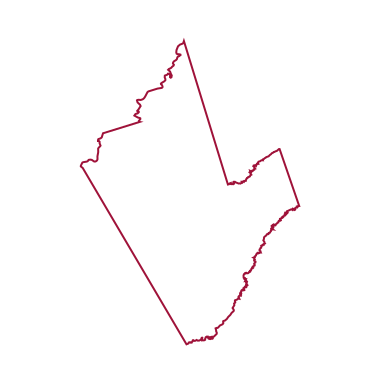 the district of Puerto Caicedo, Putumayo, Colombia, rotated 71°
{"feature_id": "7082276B64544196905368", "entity_name": "Puerto Caicedo", "entity_type": "district", "adm_level": 2, "iso_a3": "COL", "parent_name": "Colombia", "parent_adm1": "Putumayo", "projection": "equal_earth", "projection_center": [-76.404, 0.736], "detail": "fine", "context": "isolated", "style": "outline", "palette": "rose", "viewbox_px": 384, "rotation_deg": 71, "n_neighbors": 0, "source": "geoboundaries", "source_scale": "gbopen_adm2", "svg_char_len": 6043}
<svg xmlns="http://www.w3.org/2000/svg" viewBox="0 0 384 384"><g transform="rotate(71 192 192)"><path d="M240.1,95.2L179.9,95.2L179.7,95.8L180.8,98.5L180.7,99.9L181.0,101.1L180.8,101.7L181.3,102.8L181.3,103.9L182.0,105.0L182.3,106.2L183.2,108.0L183.2,110.5L183.6,111.2L183.7,112.2L184.2,113.3L184.2,114.3L184.6,114.7L185.1,114.7L184.6,116.0L185.1,117.8L185.0,119.2L186.1,120.7L186.7,120.1L187.0,120.1L186.6,121.6L187.9,122.7L187.5,122.8L187.7,123.4L187.2,123.5L187.0,125.1L187.6,125.6L188.2,125.0L188.7,125.1L189.3,124.8L189.8,125.0L190.3,124.8L190.2,125.4L191.1,125.6L191.2,125.9L191.0,126.5L191.5,126.9L191.9,127.9L191.4,128.2L191.6,129.5L191.0,130.1L192.3,130.1L192.3,130.4L191.9,130.8L192.1,131.2L193.0,130.7L192.7,130.0L192.8,129.8L193.9,130.6L194.4,130.7L195.0,130.4L195.2,131.4L196.1,132.2L196.1,132.7L196.3,133.2L196.1,133.6L196.2,134.2L196.8,134.8L196.7,135.5L197.1,135.7L197.5,136.6L199.0,137.5L198.6,138.6L199.3,139.5L198.7,139.9L198.9,140.1L198.8,140.6L199.2,141.0L198.6,141.2L198.4,141.8L199.5,142.0L199.8,143.5L199.4,144.0L199.2,145.1L196.9,147.8L196.4,148.0L195.9,149.2L196.0,149.6L196.3,149.8L197.0,149.3L197.6,149.4L197.9,149.7L197.8,150.3L198.0,150.6L197.7,151.0L197.6,151.6L197.2,151.9L197.3,152.5L197.1,152.8L196.1,152.4L196.1,153.3L196.7,154.5L196.7,154.8L196.4,154.9L196.5,155.6L46.6,150.5L48.5,151.9L48.7,153.3L48.7,155.3L49.7,157.8L52.7,160.4L54.8,161.4L56.2,161.5L57.0,160.8L57.4,159.6L58.1,158.5L58.3,158.2L58.7,158.2L59.3,159.8L59.5,161.4L59.9,162.0L61.4,163.0L62.0,164.0L62.6,166.6L63.4,167.7L64.3,168.2L65.8,167.7L66.5,168.3L67.1,170.0L67.7,171.0L68.0,171.9L68.2,173.9L68.7,174.8L71.0,173.5L73.5,173.5L75.2,173.2L76.8,174.1L77.0,174.9L76.3,175.4L74.0,174.5L72.5,175.6L72.3,176.3L72.8,176.6L73.0,177.1L73.1,179.8L74.7,180.5L76.4,180.4L77.5,180.7L78.3,182.0L79.0,185.3L79.4,186.1L80.1,186.2L80.6,185.7L81.9,185.5L83.1,185.6L83.6,186.2L83.7,186.9L83.0,190.9L82.7,200.5L83.1,201.6L86.5,205.2L87.5,206.5L88.1,207.7L88.3,208.6L88.3,210.5L87.4,212.5L87.2,213.8L87.4,214.2L89.6,214.3L92.6,212.7L94.0,212.6L96.5,215.7L97.5,217.4L98.0,217.3L98.7,216.2L99.3,216.4L100.0,217.9L99.8,219.2L100.0,220.3L101.0,221.6L104.0,218.9L105.2,217.1L105.5,216.9L106.2,217.1L107.5,219.1L108.4,219.2L108.7,218.7L107.5,257.0L111.0,259.6L111.5,261.0L111.5,263.3L112.3,264.0L113.2,264.3L113.6,263.3L114.4,263.0L115.8,263.5L118.4,263.4L118.8,263.9L119.8,265.9L120.4,266.6L123.8,267.7L127.5,269.8L130.3,270.7L131.0,271.3L131.5,272.1L131.7,273.1L131.7,273.5L131.3,274.6L129.0,276.3L128.4,277.3L128.0,278.9L128.0,279.3L128.9,280.6L129.0,281.5L128.4,285.2L128.5,286.1L130.9,288.5L131.6,288.8L133.7,287.5L334.2,246.8L334.1,244.8L333.8,244.3L333.3,244.1L333.2,243.6L333.8,241.7L334.2,241.8L334.3,241.3L333.8,240.9L333.3,239.8L332.6,239.7L332.4,239.2L332.6,238.9L333.3,238.5L333.7,237.8L333.7,237.1L333.4,235.8L334.3,235.1L334.8,233.8L334.6,231.7L333.1,230.4L333.0,229.9L333.4,229.7L334.3,230.6L335.6,230.8L335.7,229.8L336.1,229.3L336.2,228.4L336.0,227.7L335.1,227.4L333.8,226.3L333.5,225.2L333.6,224.9L333.9,225.3L334.6,223.6L334.9,224.1L335.1,223.8L335.3,221.0L335.7,221.3L335.8,222.4L336.1,223.0L335.9,223.9L336.0,224.0L336.4,223.7L337.0,222.7L337.1,220.9L337.4,220.4L337.2,220.0L336.0,219.5L335.8,218.3L334.2,214.9L333.3,214.4L331.5,214.5L330.5,214.2L328.6,214.1L328.5,213.0L328.8,212.3L328.7,211.5L327.3,209.0L327.0,206.1L326.1,205.0L324.9,204.9L324.2,204.4L324.3,202.8L323.4,200.4L321.9,198.4L320.7,195.8L319.2,193.9L318.2,191.5L317.8,191.1L316.9,190.9L314.9,191.4L312.8,188.8L311.1,188.5L310.6,187.1L310.1,186.9L309.0,187.0L308.4,186.6L308.4,184.6L307.8,183.0L308.4,182.0L307.1,182.0L306.4,182.3L305.8,181.7L305.5,180.7L305.2,180.4L305.7,180.2L305.9,179.8L305.0,179.7L305.5,179.3L305.4,179.1L304.4,178.9L303.9,178.4L303.4,178.4L302.9,178.9L301.9,177.7L301.4,177.5L301.7,175.4L301.4,175.6L301.0,176.3L300.8,176.3L300.6,175.6L300.9,174.4L299.6,174.4L299.5,173.5L298.8,173.0L298.9,172.8L299.5,173.0L299.7,171.7L298.3,170.6L298.1,169.9L297.8,170.0L298.2,170.9L298.0,171.5L297.1,171.0L296.8,170.2L295.5,170.4L295.4,169.8L294.9,169.9L294.5,169.2L293.5,169.7L293.4,170.7L291.9,169.2L291.3,170.2L291.9,170.2L291.4,170.8L290.8,170.6L290.8,170.2L290.5,170.1L290.2,171.0L289.9,171.1L287.6,170.4L286.6,169.6L286.5,168.0L286.1,168.2L285.9,168.1L286.0,167.0L286.8,166.3L287.0,165.7L286.9,164.9L286.2,164.1L286.4,163.6L286.3,162.9L285.8,162.5L285.8,163.2L285.3,162.9L285.3,161.8L284.9,161.4L284.1,161.0L283.6,160.3L283.9,159.5L283.7,159.1L283.1,159.8L282.8,159.5L282.2,158.6L281.9,156.7L281.3,156.4L280.2,156.7L279.5,155.9L279.3,155.0L278.4,154.6L277.2,155.6L276.6,155.5L276.2,154.6L275.4,154.8L274.8,154.6L274.1,155.2L274.1,153.8L273.4,153.7L272.9,152.2L271.9,151.6L270.8,149.8L270.9,149.4L271.6,149.4L271.6,148.0L271.4,147.3L271.6,146.7L270.8,146.8L270.4,146.5L269.3,147.2L268.3,146.8L267.9,146.0L267.2,145.4L267.3,145.0L267.2,144.7L265.8,144.1L265.7,143.5L265.3,143.7L265.2,142.9L264.8,142.3L265.3,141.4L264.5,140.9L264.5,140.0L264.4,139.8L263.9,140.1L262.7,139.8L261.0,140.3L259.7,139.2L258.8,138.9L258.0,138.2L257.2,135.8L256.4,135.1L256.3,134.3L256.6,133.7L256.3,133.4L256.3,132.9L255.7,132.7L255.8,131.5L254.9,130.6L254.7,130.1L254.2,130.0L253.8,129.0L253.0,129.3L252.7,129.2L253.5,127.8L253.0,128.1L252.7,127.6L251.2,127.9L251.2,127.5L252.0,127.0L252.0,126.6L250.7,126.1L250.2,127.3L249.9,127.4L249.8,126.6L250.2,125.8L249.7,126.4L249.4,126.3L249.2,125.2L250.7,124.3L250.7,123.9L249.7,123.0L249.4,121.8L248.8,121.2L248.9,120.3L247.9,119.8L247.6,119.4L247.9,118.2L247.7,117.2L246.9,117.2L246.4,117.8L246.0,117.6L246.0,116.2L245.6,115.6L245.9,115.1L245.6,114.3L245.0,114.7L244.7,114.0L244.5,111.5L244.1,111.2L243.2,112.7L243.9,110.8L243.8,110.3L242.9,110.4L242.1,110.8L241.8,110.6L242.0,110.0L243.0,109.1L243.0,108.7L242.5,108.2L241.5,108.7L241.1,108.5L241.1,107.8L240.7,104.1L240.9,103.5L241.8,102.8L241.6,102.5L240.7,102.5L240.5,102.2L241.5,101.0L242.4,101.0L242.4,100.5L242.2,100.1L241.5,100.1L240.9,99.8L240.5,99.0L241.0,97.8L240.7,97.3L239.9,97.3L240.1,96.6L239.8,96.4L239.8,96.1L240.1,95.2Z" fill="none" stroke="#9f1239" stroke-width="2"/></g></svg>